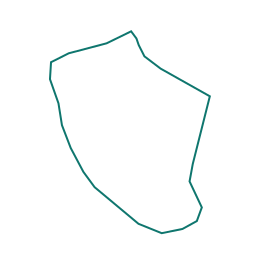 an SVG outline of Keelung City, rotated 13°
{"feature_id": "TWN-1164", "entity_name": "Keelung City", "entity_type": "Provincial City", "adm_level": 1, "iso_a3": "TWN", "parent_name": "Taiwan", "parent_adm1": "", "projection": "equal_earth", "projection_center": [121.703, 25.114], "detail": "fine", "context": "isolated", "style": "outline", "palette": "teal", "viewbox_px": 256, "rotation_deg": 13, "n_neighbors": 0, "source": "natural_earth", "source_scale": "10m", "svg_char_len": 422}
<svg xmlns="http://www.w3.org/2000/svg" viewBox="0 0 256 256"><g transform="rotate(13 128 128)"><path d="M109.3,33.1L116.1,38.9L119.8,44.8L127.9,54.5L146.4,62.8L200.6,78.7L199.2,148.5L200.0,166.2L217.8,188.8L216.0,203.2L203.8,214.1L184.5,222.9L159.8,219.0L108.8,193.2L94.4,180.8L76.7,160.4L63.0,140.1L54.7,119.6L41.0,98.0L38.2,81.2L53.5,68.5L88.1,50.3L109.3,33.1Z" fill="none" stroke="#0f766e" stroke-width="2"/></g></svg>